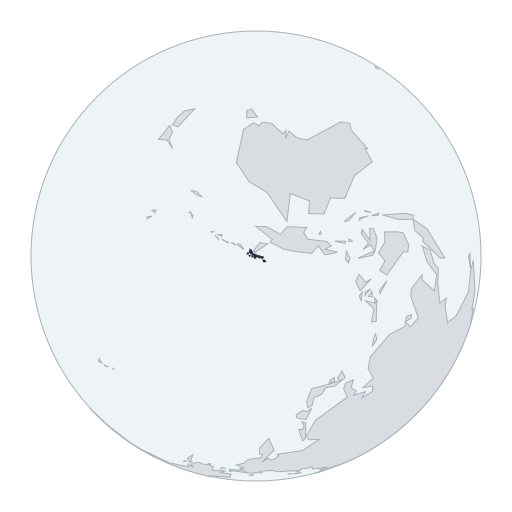 globe centered on New Ireland, rotated 172°
{"feature_id": "PNG-1255", "entity_name": "New Ireland", "entity_type": "Province", "adm_level": 1, "iso_a3": "PNG", "parent_name": "Papua New Guinea", "parent_adm1": "", "projection": "orthographic", "projection_center": [151.706, -3.097], "detail": "fine", "context": "on_globe", "style": "filled", "palette": "slate", "viewbox_px": 512, "rotation_deg": 172, "n_neighbors": 0, "source": "natural_earth", "source_scale": "10m", "svg_char_len": 9229}
<svg xmlns="http://www.w3.org/2000/svg" viewBox="0 0 512 512"><g transform="rotate(172 256 256)"><circle cx="256" cy="256" r="225" fill="#eef3f6" stroke="#a8b0b8"/><path d="M358.6,308.0L358.7,309.6L358.4,309.8L358.6,308.0ZM441.5,128.1L441.3,127.8L426.8,109.5L405.3,87.4L408.9,90.6L403.3,85.6L398.4,81.6L396.5,80.4L370.5,63.2L352.0,56.6L352.4,59.4L347.5,55.6L352.3,65.1L346.3,67.9L349.3,62.0L346.7,59.4L340.7,59.5L336.7,57.0L331.6,55.8L327.4,53.0L329.4,50.6L326.8,49.0L322.7,49.2L315.9,47.2L322.3,46.9L311.1,43.5L312.5,40.4L333.0,44.8L330.2,43.3L330.8,43.5L345.4,49.2L359.6,56.0L373.4,63.7L386.5,72.4L399.0,81.9L410.8,92.3L421.9,103.6L432.1,115.5L441.5,128.1ZM425.3,176.1L423.5,171.1L426.7,174.1L425.3,176.1ZM421.0,168.3L421.9,169.9L420.9,168.6L421.0,168.3ZM419.3,167.4L420.5,168.1L419.3,167.9L419.3,167.4ZM417.2,167.0L418.3,167.0L418.2,167.2L417.2,167.0ZM413.4,164.7L412.4,164.0L413.2,163.5L413.4,164.7ZM396.3,80.4L398.7,81.9L404.6,86.8L403.1,85.7L396.3,80.4ZM384.4,72.5L384.4,72.1L390.7,76.6L388.7,75.4L384.4,72.5ZM353.6,62.5L356.3,62.5L355.0,63.4L353.6,62.5ZM331.6,56.2L332.1,57.1L329.2,56.2L331.6,56.2ZM320.1,51.3L315.3,49.9L320.5,50.8L320.1,51.3ZM312.7,48.8L301.1,46.0L301.2,47.6L294.3,42.2L306.5,45.9L313.0,46.6L310.7,47.3L312.7,48.8ZM292.4,40.0L289.9,39.2L293.0,39.6L292.4,40.0ZM189.5,40.8L188.5,41.1L185.3,42.1L174.9,45.9L166.8,49.2L166.6,49.3L173.0,46.7L185.7,42.0L191.2,40.3L185.6,42.1L188.1,41.3L190.0,40.7L189.6,41.1L196.0,39.0L220.7,34.5L222.4,35.5L214.7,37.1L229.3,37.1L230.1,39.8L232.6,38.7L241.3,38.9L241.2,38.0L243.1,37.5L265.4,39.5L268.7,41.2L281.1,42.2L282.4,41.9L280.6,40.6L294.3,42.2L301.2,47.6L297.9,48.1L304.4,51.8L296.0,52.7L292.1,55.6L279.2,55.5L277.2,58.4L280.0,59.6L279.4,65.2L268.6,73.5L265.1,61.2L279.0,50.9L272.2,54.2L270.1,52.1L265.4,52.6L261.0,55.5L262.7,56.7L236.9,56.9L218.9,65.6L229.0,66.6L231.3,70.8L219.7,85.2L185.1,103.6L187.7,112.3L185.1,117.5L176.8,119.9L180.3,112.1L175.5,108.6L178.8,104.4L166.6,106.6L170.8,100.6L159.2,106.0L159.1,111.1L168.4,110.8L156.6,118.8L160.7,128.8L156.7,140.3L134.5,159.8L118.6,165.4L116.7,169.2L112.8,164.5L103.9,172.0L108.3,195.0L106.9,201.7L94.3,214.1L94.7,209.0L84.2,196.5L79.6,212.6L87.4,226.4L90.0,242.7L82.8,237.4L80.5,223.2L76.9,218.3L79.8,204.2L80.5,183.7L73.4,187.6L75.8,179.5L75.6,163.4L66.4,168.7L50.7,190.6L45.4,211.8L41.4,221.5L44.0,191.6L50.0,171.9L48.0,174.1L53.2,158.5L52.9,158.5L60.8,143.6L69.7,129.3L79.7,115.7L90.7,102.9L102.6,91.0L115.4,80.0L129.0,70.0L143.2,61.0L158.2,53.1L173.6,46.3L189.5,40.8ZM108.3,423.8L111.9,426.4L111.6,426.8L108.3,423.8ZM135.9,283.3L142.0,284.7L141.9,285.7L135.9,283.3ZM129.4,279.2L136.1,279.9L128.5,281.5L129.4,279.2ZM138.8,280.2L145.6,278.6L148.5,277.1L148.2,279.3L138.8,280.2ZM125.0,279.0L102.6,277.6L94.2,274.5L95.7,270.6L109.3,272.2L125.0,279.0ZM95.1,270.5L82.9,259.2L69.2,227.8L74.0,228.3L88.9,247.4L87.9,250.7L95.3,259.5L95.1,270.5ZM126.4,251.9L125.3,261.9L112.6,260.3L107.0,258.4L103.1,245.4L105.2,239.1L109.7,239.5L129.1,218.9L135.4,224.6L129.0,233.3L134.3,242.2L126.4,251.9ZM45.4,213.8L45.6,226.5L43.7,228.7L45.4,213.8ZM138.6,204.6L129.7,213.3L138.3,201.6L138.6,204.6ZM144.7,193.6L144.4,198.2L141.9,193.5L144.7,193.6ZM115.0,175.3L110.2,176.2L110.8,173.0L117.4,170.1L115.0,175.3ZM153.5,150.4L150.5,159.2L148.5,162.2L147.8,156.6L153.5,150.4ZM218.7,34.5L224.3,33.5L224.1,33.8L222.8,34.0L218.7,34.5ZM220.5,34.0L223.1,33.2L227.7,32.6L224.7,33.3L220.5,34.0ZM315.3,394.8L320.4,397.5L315.2,403.7L306.8,409.6L296.3,410.3L315.3,394.8ZM239.9,402.2L235.3,393.5L245.8,394.0L245.1,401.2L239.9,402.2ZM321.4,390.4L325.9,383.7L323.5,373.9L327.9,383.2L336.4,385.0L323.2,397.3L321.4,390.4ZM189.1,363.8L153.7,376.9L144.7,374.4L144.2,367.5L130.4,346.5L133.1,347.0L127.9,333.1L147.2,321.9L160.2,300.7L174.2,303.2L182.8,288.1L198.1,290.7L195.3,302.9L213.3,313.1L220.6,285.8L236.3,317.6L252.4,330.5L262.5,351.3L250.7,383.0L239.6,388.3L235.3,384.6L231.3,387.6L221.9,385.1L212.6,373.3L208.8,376.3L210.6,368.3L205.9,375.1L199.2,367.5L189.1,363.8ZM301.2,322.2L304.6,323.5L311.5,330.0L305.8,328.1L301.2,322.2ZM350.1,312.8L352.7,315.8L348.7,315.7L350.1,312.8ZM358.4,309.8L353.6,310.0L358.6,308.0L358.4,309.8ZM313.9,306.3L316.1,308.5L314.8,309.0L313.9,306.3ZM312.5,305.4L313.8,302.6L314.2,305.7L312.5,305.4ZM294.4,286.5L296.0,285.2L297.1,286.5L294.4,286.5ZM151.1,285.4L159.2,278.1L164.0,277.9L151.1,285.4ZM291.3,282.7L286.7,281.8L286.9,280.2L291.3,282.7ZM291.1,279.0L290.4,276.7L293.9,282.4L291.1,279.0ZM281.9,272.7L287.8,277.5L281.3,273.1L281.9,272.7ZM278.7,272.8L274.7,270.5L274.9,269.8L278.7,272.8ZM237.5,270.3L252.1,285.3L241.3,283.6L228.9,273.9L220.9,280.6L201.7,277.2L205.6,272.9L202.6,265.4L183.9,260.6L180.1,255.6L186.4,253.1L174.6,248.3L187.4,247.5L193.1,257.5L200.5,250.9L214.2,254.3L228.1,259.1L240.1,267.8L237.5,270.3ZM188.3,268.5L190.6,268.8L188.8,271.5L188.3,268.5ZM267.0,264.0L272.8,269.6L272.3,270.7L269.5,269.5L267.0,264.0ZM242.8,266.4L255.3,260.2L258.5,260.8L250.3,268.7L242.8,266.4ZM251.9,254.6L258.1,256.6L261.6,261.5L260.4,262.6L251.9,254.6ZM162.0,257.2L161.6,259.9L158.4,257.5L162.0,257.2ZM166.0,256.0L175.9,259.8L165.2,258.2L166.0,256.0ZM138.2,244.7L140.8,251.1L149.0,247.7L142.8,253.0L148.7,263.7L147.0,267.5L141.0,255.9L139.6,267.3L136.0,266.9L133.7,256.8L137.0,245.1L140.6,240.4L155.6,239.5L138.2,244.7ZM165.8,248.4L163.3,240.9L165.3,236.3L167.9,240.4L165.8,248.4ZM156.6,223.3L150.9,214.7L145.0,217.4L157.7,207.1L160.9,216.9L156.6,223.3ZM152.9,205.3L147.2,207.6L153.5,201.6L152.9,205.3ZM146.2,204.8L146.4,199.3L150.4,200.4L146.2,204.8ZM155.7,205.7L158.0,196.5L159.3,202.2L155.7,205.7ZM146.6,187.1L154.0,196.6L143.1,192.0L146.0,174.7L150.9,174.6L146.6,187.1ZM195.3,124.8L195.9,120.5L201.3,120.1L199.3,123.1L195.3,124.8ZM219.4,116.8L202.9,118.7L189.8,121.1L192.4,123.4L186.8,130.3L184.6,123.1L196.0,116.2L205.4,115.8L209.7,110.3L218.4,107.5L220.9,100.7L225.7,98.3L226.2,104.6L219.4,116.8ZM221.7,97.8L229.3,87.0L238.1,90.0L238.4,93.0L231.2,96.5L227.0,94.7L221.7,97.8ZM233.7,85.5L229.8,83.8L232.6,68.5L235.4,66.2L237.8,78.4L234.2,77.6L232.0,81.1L233.7,85.5ZM289.2,39.7L289.9,39.3L291.1,40.0L289.2,39.7ZM242.8,37.0L245.5,36.6L246.8,37.2L242.8,37.0ZM253.8,35.8L250.4,35.4L255.0,35.5L253.8,35.8ZM242.6,34.9L249.5,35.1L241.4,35.5L242.6,34.9Z" fill="#d9dde1" stroke="#a8b0b8" stroke-width="1"/><path d="M261.6,260.6L261.6,260.8L261.6,261.0L261.3,261.3L261.2,261.5L261.4,261.7L261.4,261.8L261.3,262.0L261.2,262.0L261.1,262.3L261.0,262.5L260.9,262.6L260.7,262.7L260.7,262.8L260.6,262.7L260.3,262.5L260.4,262.4L260.1,262.2L260.0,261.8L259.9,261.7L259.8,261.4L259.9,261.1L259.9,260.7L259.9,260.4L259.9,260.2L259.7,260.1L259.6,259.7L259.4,259.4L259.3,259.2L259.2,259.1L259.1,258.9L258.9,258.8L258.6,258.3L258.6,258.2L258.4,258.0L258.3,257.9L258.2,257.8L258.0,257.7L257.9,257.6L257.7,257.5L257.1,257.4L256.9,257.4L256.4,257.0L255.6,256.3L255.6,256.2L255.3,256.2L255.1,256.1L255.0,255.9L254.9,255.8L254.7,255.7L254.4,255.5L254.3,255.4L254.1,255.4L253.9,255.2L253.7,255.1L253.4,254.9L253.2,254.8L253.0,254.7L252.9,254.7L252.6,254.8L252.4,254.8L252.3,254.7L252.2,254.6L252.3,254.5L252.5,254.5L252.7,254.4L252.7,254.5L252.8,254.4L252.7,254.3L252.8,254.3L252.8,254.2L252.7,254.2L252.4,254.1L252.5,253.9L252.7,254.0L252.8,254.1L253.0,254.2L253.1,254.4L253.3,254.4L253.4,254.5L253.5,254.6L253.9,254.8L254.0,254.9L254.0,255.0L254.5,255.1L254.8,255.2L254.9,255.3L255.1,255.4L255.2,255.5L255.4,255.5L255.6,255.7L255.9,255.9L256.0,256.0L256.3,256.2L256.4,256.3L256.5,256.4L256.8,256.4L257.0,256.5L257.3,256.6L257.6,256.9L257.8,257.2L257.9,257.3L258.0,257.4L258.1,257.5L258.4,257.6L258.5,257.7L258.6,257.8L258.7,258.0L258.8,258.1L259.0,258.2L259.2,258.3L259.3,258.5L259.3,258.8L259.5,258.9L259.9,259.1L260.0,259.1L260.3,259.1L260.5,259.3L260.6,259.5L260.8,259.5L261.0,259.8L261.2,260.1L261.3,260.3L261.5,260.4L261.6,260.5L261.6,260.6ZM251.1,253.8L251.1,254.0L251.1,254.3L250.8,254.4L250.7,254.4L250.4,254.3L250.0,254.4L249.8,254.2L249.7,254.1L249.7,253.9L249.5,253.7L249.4,253.7L249.2,253.7L249.3,253.5L249.6,253.3L249.8,253.3L249.9,253.2L250.0,253.2L250.4,253.3L250.5,253.3L250.7,253.5L250.9,253.5L251.0,253.5L251.1,253.8L251.1,253.8ZM248.3,249.6L248.3,249.8L248.4,250.0L248.5,250.0L248.4,250.0L248.2,250.1L248.1,249.9L248.1,250.0L247.9,249.9L247.7,249.8L247.7,249.7L247.5,249.4L247.6,249.2L247.8,249.2L247.9,249.3L248.2,249.4L248.2,249.5L248.3,249.6ZM259.7,256.1L259.8,256.1L259.7,256.4L259.7,256.5L259.5,256.4L259.3,256.1L259.2,256.0L259.2,255.9L259.4,255.8L259.6,255.8L259.7,256.0L259.7,256.1ZM257.2,254.9L257.1,255.0L256.9,255.0L256.8,254.9L256.8,254.6L257.1,254.5L257.2,254.8L257.2,254.9ZM253.2,255.5L253.3,255.5L253.2,255.6L252.9,255.5L252.7,255.5L252.4,255.5L252.4,255.4L252.5,255.4L252.8,255.2L253.0,255.3L253.2,255.5ZM257.4,255.3L257.5,255.3L257.4,255.5L257.1,255.4L257.1,255.2L257.3,255.3L257.4,255.3ZM263.7,259.7L263.7,259.9L263.7,260.0L263.4,260.0L263.4,259.9L263.5,259.7L263.7,259.7ZM257.1,254.3L257.0,254.2L257.3,254.1L257.3,254.3L257.2,254.3L257.1,254.3ZM249.3,250.4L249.3,250.5L249.2,250.4L249.0,250.5L249.0,250.4L249.2,250.2L249.2,250.3L249.3,250.4L249.3,250.4ZM262.3,257.1L262.4,257.3L262.4,257.2L262.2,257.2L262.3,257.1ZM261.8,257.5L262.0,257.4L262.1,257.5L261.9,257.5L261.8,257.5ZM263.9,259.6L264.0,259.6L263.9,259.7L263.7,259.7L263.8,259.6L263.9,259.6Z" fill="#64748b" stroke="#1e293b" stroke-width="1.5"/></g></svg>